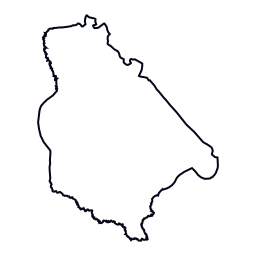 Lao Suea Kok, Ubon Ratchathani, Thailand
{"feature_id": "78962969B14407217279101", "entity_name": "Lao Suea Kok", "entity_type": "district", "adm_level": 2, "iso_a3": "THA", "parent_name": "Thailand", "parent_adm1": "Ubon Ratchathani", "projection": "mercator", "projection_center": [104.892, 15.444], "detail": "fine", "context": "isolated", "style": "outline", "palette": "ink", "viewbox_px": 256, "rotation_deg": 0, "n_neighbors": 0, "source": "geoboundaries", "source_scale": "gbopen_adm2", "svg_char_len": 5671}
<svg xmlns="http://www.w3.org/2000/svg" viewBox="0 0 256 256"><path d="M149.7,80.2L148.6,80.3L147.5,78.4L146.8,77.7L139.8,76.4L138.9,75.9L141.2,71.1L141.8,69.2L142.2,66.6L142.3,63.7L142.0,63.3L134.8,59.3L132.9,59.6L131.3,59.0L130.4,59.4L130.0,60.2L130.0,61.3L130.9,62.8L130.8,63.3L128.6,64.7L127.4,64.9L126.2,64.6L124.1,62.9L123.6,61.9L123.8,59.7L123.6,59.0L121.2,58.0L120.0,56.9L118.9,53.0L117.8,51.3L114.2,49.2L111.1,46.3L107.8,44.2L107.6,42.9L108.1,40.9L107.6,39.3L107.8,36.7L108.1,35.9L109.8,34.1L108.3,32.3L107.3,29.9L106.7,26.9L104.5,23.6L104.1,23.5L103.4,23.9L98.5,27.6L96.8,28.0L94.5,28.1L93.4,26.7L93.1,25.5L93.7,25.1L95.6,24.9L96.2,24.4L95.3,21.7L95.5,19.1L94.3,18.4L89.4,17.4L88.3,16.7L87.0,15.4L86.4,15.5L85.8,16.5L85.0,19.8L84.9,21.4L85.5,24.3L82.7,26.5L81.8,26.3L80.2,24.3L78.3,23.4L75.9,25.1L73.8,25.4L73.2,25.2L71.0,26.2L68.6,26.6L62.6,27.4L58.8,27.5L55.6,28.0L54.1,27.9L53.2,28.1L52.8,28.8L50.2,28.5L48.4,29.6L48.4,30.5L47.1,31.5L46.3,32.6L45.4,32.8L45.6,33.4L45.0,33.2L45.6,34.6L45.1,34.6L45.0,35.1L44.5,35.3L44.7,35.8L45.3,35.6L45.5,36.1L43.8,36.5L43.7,36.9L44.3,37.6L43.6,37.3L43.3,37.4L43.9,38.0L43.2,38.2L43.2,39.2L43.8,39.2L43.9,40.5L44.3,40.9L43.8,41.7L44.5,43.3L43.7,43.7L44.2,46.0L44.8,46.6L45.3,46.7L45.3,47.3L45.9,47.7L45.3,47.7L45.1,48.5L44.2,48.5L44.1,48.9L44.1,49.2L44.7,49.3L44.1,50.2L44.3,51.0L44.8,51.4L44.9,52.0L45.4,52.1L45.4,53.2L45.8,53.0L46.2,54.1L46.7,54.2L46.0,55.5L46.1,56.3L45.9,57.2L46.3,57.8L47.2,57.9L47.3,58.5L47.8,58.8L47.3,60.7L48.2,60.5L48.4,59.8L48.6,60.4L50.5,61.8L50.9,63.1L50.0,63.6L49.5,63.4L49.4,63.9L50.3,65.0L50.3,65.5L49.9,65.5L50.1,66.0L50.8,66.4L51.0,66.8L50.6,67.8L51.1,68.0L51.0,68.4L52.2,68.6L51.9,70.0L52.2,70.2L52.4,70.9L53.0,71.1L53.4,72.9L53.2,73.6L53.8,74.9L53.5,76.1L54.1,76.2L54.1,75.7L55.7,76.0L55.3,77.6L55.9,77.4L55.9,78.0L56.7,78.3L56.2,78.5L56.4,79.1L55.2,79.2L54.9,79.5L55.0,80.0L55.6,79.8L56.4,81.0L56.2,81.9L56.5,83.9L56.4,85.1L55.8,85.9L56.7,86.6L56.3,87.0L56.7,87.4L56.2,87.9L55.9,88.9L56.1,89.1L56.7,88.7L57.1,88.9L56.8,89.5L57.0,90.7L53.0,95.4L47.0,99.7L43.7,102.9L41.2,105.8L40.3,107.8L39.5,110.7L38.1,122.3L39.0,128.9L40.7,136.0L43.9,142.4L50.3,150.5L50.4,153.8L49.9,160.5L50.2,163.4L49.6,166.7L49.6,169.4L50.3,178.5L49.6,181.1L50.3,181.7L50.3,182.7L50.9,182.9L51.6,184.4L51.0,185.2L50.8,186.9L51.0,187.3L51.8,187.7L52.2,189.3L52.6,189.7L52.4,190.8L53.5,191.7L56.0,191.1L56.6,192.2L57.1,192.6L58.5,192.6L58.9,192.2L60.1,192.0L62.5,193.8L62.9,195.0L63.2,195.3L64.0,195.4L64.6,195.8L65.0,195.6L66.0,195.9L67.2,195.7L68.2,196.5L69.0,196.4L69.5,197.5L70.5,197.8L70.9,197.4L72.1,197.3L72.0,197.9L72.4,198.3L72.9,198.2L73.3,198.7L75.5,199.9L75.7,200.9L76.3,201.3L76.0,201.8L76.2,202.7L76.8,203.0L77.3,202.7L77.6,203.1L77.1,204.6L77.4,204.9L78.2,204.9L78.5,205.4L78.3,205.7L78.6,206.2L78.4,207.2L79.5,207.5L79.9,208.3L80.6,208.6L80.5,209.2L80.9,209.5L81.5,209.1L81.4,208.6L82.2,208.5L83.0,209.1L83.7,208.3L84.0,209.1L84.8,209.8L85.1,211.1L85.8,211.2L87.2,209.6L87.7,209.4L88.4,209.7L88.7,210.5L89.3,210.7L90.1,210.4L92.1,210.4L92.3,210.9L91.8,212.0L91.9,213.4L92.7,214.4L92.2,215.4L92.3,216.1L93.1,216.1L94.0,217.4L93.2,217.6L93.8,218.4L94.4,218.1L94.4,218.8L95.4,219.3L95.8,219.4L96.2,219.0L96.5,219.5L97.3,219.3L98.0,220.1L98.6,220.1L99.0,220.6L98.4,221.2L99.0,221.6L99.2,222.7L100.1,222.0L100.4,223.0L101.4,223.1L102.9,222.1L103.0,221.2L103.5,220.6L104.9,220.8L105.8,221.4L106.5,220.7L107.0,221.2L106.7,221.8L107.0,222.1L107.4,221.5L107.9,221.7L108.4,221.2L109.0,222.2L109.9,221.9L110.0,221.2L111.1,220.6L112.5,221.9L113.1,221.8L113.5,221.2L114.8,221.8L114.8,223.1L116.9,224.4L117.8,224.6L118.7,224.5L118.8,223.6L119.5,223.5L121.1,224.8L122.6,224.2L122.8,224.5L122.7,225.4L122.3,226.0L122.8,226.9L124.2,226.9L124.8,227.2L125.5,228.1L125.4,228.4L124.8,228.1L124.5,228.4L124.8,229.3L124.7,230.1L125.1,230.7L125.7,230.8L125.9,233.4L125.4,234.1L126.3,234.2L126.7,235.5L127.3,236.0L127.6,236.7L128.2,236.6L128.7,237.4L129.4,237.6L129.9,238.7L131.0,238.6L130.7,239.6L131.0,240.1L131.5,239.3L134.2,239.1L134.2,238.4L134.5,238.3L135.9,238.3L136.5,239.2L137.5,239.0L137.7,239.6L138.7,240.6L141.2,240.6L141.4,240.2L141.2,239.8L142.0,238.7L144.0,239.9L145.2,239.7L146.2,239.1L146.9,239.7L147.6,239.3L147.6,238.8L146.8,238.8L146.5,238.2L146.9,238.1L147.0,237.6L146.7,237.3L147.0,236.9L146.7,236.5L146.9,236.4L146.6,236.0L146.7,235.5L146.2,235.0L146.4,234.6L146.0,233.9L145.3,233.9L144.4,232.0L144.1,229.9L143.7,230.0L143.6,229.5L142.7,228.7L142.4,228.0L142.5,227.5L141.9,227.0L142.0,226.2L141.4,225.6L141.6,224.8L141.3,224.8L141.3,224.1L141.9,223.9L141.8,223.3L142.4,222.9L142.3,222.2L142.8,221.2L142.9,220.6L142.6,220.3L142.8,219.8L143.8,219.4L144.0,218.6L144.6,218.7L144.7,218.4L146.2,217.6L147.3,217.4L147.5,216.6L148.2,215.8L149.2,216.3L152.3,215.7L152.4,215.3L150.6,215.4L151.1,214.6L153.1,214.3L153.8,213.3L153.9,212.7L153.5,212.3L151.3,211.2L151.8,210.8L151.5,210.7L151.1,209.8L151.2,209.4L150.8,209.3L150.5,208.7L150.5,207.6L150.1,206.4L150.7,206.0L150.8,205.1L151.4,204.6L151.0,203.3L151.7,203.0L151.8,201.9L152.3,201.4L152.1,198.9L152.5,198.7L153.4,197.2L155.5,195.7L156.5,195.6L157.3,195.0L158.1,195.5L158.9,192.9L161.6,190.0L162.6,189.7L162.7,189.1L163.4,189.5L167.0,188.3L169.3,187.2L172.3,184.9L174.6,182.2L176.9,177.7L179.4,175.1L184.5,171.7L192.0,168.1L195.5,171.6L198.2,175.1L201.0,177.3L204.6,178.8L209.1,178.6L210.3,178.3L210.8,177.7L211.6,177.5L212.8,176.7L214.8,174.5L215.9,172.7L217.7,167.9L217.9,165.6L217.5,157.5L215.0,157.1L212.1,154.7L211.9,153.8L212.8,150.9L212.1,148.5L211.3,147.2L208.0,144.9L203.2,142.2L194.2,131.9L186.4,124.6L176.6,112.3L169.9,104.9L165.9,99.9L163.7,97.6L158.5,91.2L156.8,89.5L154.2,85.3L149.7,80.2Z" fill="none" stroke="#020617" stroke-width="2"/></svg>